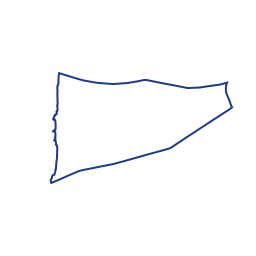 Sayhut, Al Mahrah, Yemen (Robinson projection), rotated 115°
{"feature_id": "15242507B57333459501301", "entity_name": "Sayhut", "entity_type": "district", "adm_level": 2, "iso_a3": "YEM", "parent_name": "Yemen", "parent_adm1": "Al Mahrah", "projection": "robinson", "projection_center": [51.308, 15.527], "detail": "fine", "context": "isolated", "style": "outline", "palette": "blue", "viewbox_px": 256, "rotation_deg": 115, "n_neighbors": 0, "source": "geoboundaries", "source_scale": "gbopen_adm2", "svg_char_len": 3219}
<svg xmlns="http://www.w3.org/2000/svg" viewBox="0 0 256 256"><g transform="rotate(115 128 128)"><path d="M45.1,57.4L50.0,63.3L56.7,73.7L61.0,80.1L65.0,87.8L66.6,90.9L68.9,100.3L69.1,101.0L72.9,115.9L76.8,132.0L77.7,133.7L78.9,135.4L80.5,137.4L87.4,147.4L93.9,159.0L94.4,159.9L100.1,175.1L102.4,183.5L103.6,188.0L104.3,192.1L104.5,193.2L105.3,198.5L106.4,206.7L106.5,207.2L106.7,208.4L107.1,211.2L107.2,212.1L107.3,212.8L107.4,213.4L107.4,213.6L107.8,213.5L109.2,213.1L110.4,212.7L113.5,211.5L114.8,210.9L116.3,210.2L117.1,209.8L117.5,209.7L117.8,209.8L118.4,209.8L118.7,209.6L119.1,209.6L119.3,209.8L120.9,209.2L121.6,209.0L123.3,208.1L124.3,207.6L124.6,207.3L125.5,207.0L127.1,206.4L127.5,206.2L128.0,205.8L128.9,205.5L130.1,204.9L132.7,203.5L134.3,202.9L134.8,202.6L135.3,202.2L136.9,201.6L137.2,201.7L137.4,201.8L138.6,201.1L139.1,200.6L139.7,200.3L140.5,199.9L140.9,199.8L141.2,199.7L141.6,199.5L141.9,199.5L142.2,199.5L142.3,199.5L142.6,199.4L142.8,199.6L143.2,199.7L143.7,199.6L143.8,199.4L144.3,199.1L144.9,198.7L145.5,198.6L145.9,198.6L146.1,198.9L146.1,199.1L146.4,199.4L146.8,199.7L147.0,199.8L147.4,199.8L147.6,199.5L147.6,199.4L147.8,199.4L148.1,199.6L148.7,199.7L148.8,199.6L149.2,199.6L149.6,199.6L149.8,199.7L150.0,199.4L150.6,199.4L151.1,199.6L151.8,199.5L151.9,199.3L151.9,199.1L151.9,198.8L151.7,198.7L151.7,198.4L151.5,198.0L151.7,197.9L151.6,197.6L151.6,197.4L153.1,196.4L154.3,195.7L156.5,194.6L158.4,193.7L159.6,193.3L159.8,193.1L160.1,193.1L159.9,193.3L160.2,193.5L160.5,193.4L160.8,193.7L161.2,193.7L161.5,193.9L161.8,194.2L162.2,194.5L162.5,194.5L162.8,194.4L162.7,194.2L162.6,193.9L162.3,193.7L162.3,193.2L162.2,193.0L162.0,192.8L162.4,192.4L162.8,192.0L163.4,191.7L164.9,190.8L165.1,190.8L166.1,190.3L166.6,190.0L166.8,190.0L167.2,190.3L167.5,190.3L167.6,190.1L167.8,189.8L167.9,189.6L169.1,188.9L169.3,189.1L169.5,189.1L169.6,189.4L169.9,189.6L170.2,189.8L170.4,189.6L170.3,189.3L170.3,189.0L170.3,188.7L170.5,188.5L170.3,188.3L170.4,188.1L170.7,187.8L171.1,187.7L172.3,186.8L172.8,186.5L173.3,186.5L173.3,186.2L173.5,186.2L173.7,185.8L173.8,185.7L174.0,185.5L174.0,185.3L174.0,185.1L174.3,185.1L174.4,184.9L174.5,184.6L175.3,184.1L176.3,183.5L178.7,182.5L180.3,181.8L182.3,180.9L186.1,179.4L189.4,178.4L192.0,177.4L196.0,175.9L196.5,176.1L197.8,175.6L199.0,175.3L200.3,175.2L201.5,175.0L201.6,175.3L202.0,175.9L202.6,176.3L203.8,176.3L204.0,176.3L204.7,176.2L205.5,175.9L206.1,175.8L207.2,176.2L207.6,176.0L208.0,175.9L208.5,175.7L209.2,175.1L209.8,174.8L210.3,174.7L210.8,174.9L209.9,173.9L209.2,173.4L208.4,172.7L208.1,172.4L206.4,170.8L202.3,167.2L200.8,165.9L199.2,164.5L198.7,164.0L198.5,163.9L194.2,160.1L188.2,154.7L185.6,151.7L178.5,142.0L166.5,125.6L162.0,120.3L146.3,102.0L142.8,98.0L140.2,94.9L132.3,85.6L128.5,81.2L127.0,80.3L111.5,70.9L104.8,66.7L87.0,55.7L67.7,43.6L65.2,42.4L64.8,43.0L64.3,43.7L63.7,44.3L63.2,44.9L62.6,45.5L62.1,45.9L61.4,46.6L60.8,47.1L60.3,47.7L59.9,48.2L59.3,48.7L58.8,49.2L58.2,49.9L57.7,50.5L57.2,51.0L56.7,51.6L56.3,52.1L55.8,52.6L55.3,53.2L54.6,53.8L54.0,54.2L53.1,54.9L52.4,55.2L51.7,55.6L51.0,55.9L50.2,56.3L49.4,56.6L48.7,56.7L48.1,56.9L47.4,57.1L46.7,57.3L45.9,57.3L45.3,57.4L45.1,57.4Z" fill="none" stroke="#1e3a8a" stroke-width="2"/></g></svg>